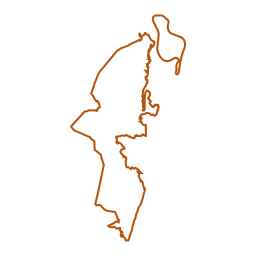 Central 1 Mahe, Seychelles
{"feature_id": "34574756B27990728867894", "entity_name": "Central 1 Mahe", "entity_type": "district", "adm_level": 2, "iso_a3": "SYC", "parent_name": "Seychelles", "parent_adm1": "", "projection": "equal_earth", "projection_center": [55.458, -4.627], "detail": "fine", "context": "isolated", "style": "outline", "palette": "amber", "viewbox_px": 256, "rotation_deg": 0, "n_neighbors": 0, "source": "geoboundaries", "source_scale": "gbopen_adm2", "svg_char_len": 5810}
<svg xmlns="http://www.w3.org/2000/svg" viewBox="0 0 256 256"><path d="M154.6,42.4L153.6,41.3L153.3,41.6L152.5,40.8L151.2,40.1L148.9,36.1L148.8,35.1L147.4,34.9L145.3,33.0L144.9,33.2L143.7,35.4L142.6,35.8L141.3,35.9L140.8,35.7L139.8,33.6L139.4,33.6L139.2,34.2L139.9,36.4L141.6,37.7L141.8,38.2L141.3,39.5L140.9,40.1L140.1,40.7L139.2,39.8L136.4,41.4L131.3,43.7L127.5,45.9L121.0,48.3L116.9,51.0L99.5,72.0L98.1,74.5L96.2,79.5L94.3,84.0L93.8,86.3L91.7,92.0L91.3,92.8L91.2,93.6L92.3,94.8L93.5,96.6L95.1,99.7L96.6,101.4L97.4,100.9L98.5,102.1L98.5,102.8L99.3,104.5L99.8,107.2L99.2,107.5L97.8,108.5L98.0,108.8L96.7,110.2L97.1,110.6L96.5,111.0L95.3,110.4L93.6,110.3L91.1,110.5L88.9,110.3L86.9,111.3L84.6,111.6L71.0,126.5L74.0,130.3L90.2,137.3L90.4,138.3L94.3,141.2L94.7,150.0L96.5,151.1L100.9,154.9L101.5,157.9L103.8,164.9L97.8,193.8L96.7,197.9L95.3,204.2L96.5,205.4L99.1,204.8L101.0,205.6L102.8,207.8L105.1,210.0L107.7,211.0L109.7,211.1L111.2,211.5L114.9,211.9L115.5,213.0L116.7,215.7L117.7,219.0L119.2,220.3L118.4,221.3L118.6,222.1L117.0,221.5L115.4,221.7L114.0,223.1L108.3,225.8L109.4,226.8L112.4,227.4L113.6,226.7L114.3,226.9L115.8,227.8L116.5,228.5L117.8,228.7L119.1,227.9L120.1,228.0L120.0,229.8L120.3,230.8L120.9,231.0L120.9,231.8L122.1,231.8L122.3,232.5L121.5,233.0L120.6,235.3L121.1,236.2L121.8,236.9L121.9,237.5L122.0,236.7L121.6,235.9L121.4,235.1L121.8,234.8L123.0,235.1L123.0,235.5L122.2,235.4L122.3,236.0L123.4,236.5L125.4,238.8L125.7,240.3L128.3,240.6L132.2,228.8L132.6,225.9L133.7,223.0L134.1,220.6L135.2,218.6L136.2,214.5L138.0,209.9L138.1,208.6L140.3,204.7L141.1,203.9L141.6,201.0L142.0,200.5L142.6,198.7L143.8,193.7L144.7,191.1L144.9,188.5L144.1,188.6L143.8,187.2L143.3,185.7L142.6,182.4L141.8,181.1L141.0,181.6L140.6,180.9L140.3,179.5L139.9,178.9L139.4,177.7L138.6,176.0L139.1,175.5L139.2,175.1L139.1,173.7L138.9,173.2L138.1,172.6L137.7,171.9L139.2,172.3L139.9,173.0L141.2,173.0L139.8,171.7L138.9,170.2L138.1,169.4L135.3,167.8L134.1,168.7L132.0,167.3L131.0,169.1L129.6,168.1L129.1,167.6L128.2,167.3L127.3,167.4L126.4,166.8L125.5,161.7L125.9,160.9L126.1,160.0L126.2,158.2L126.0,157.5L124.7,156.6L124.4,157.1L123.9,157.3L123.5,157.2L123.3,156.8L123.1,155.3L122.5,154.6L121.3,153.5L120.6,152.4L120.5,151.6L120.5,151.2L121.3,150.4L121.3,150.0L121.6,149.5L124.1,148.8L124.5,148.5L124.6,148.1L124.1,147.3L122.5,146.2L121.4,144.0L120.9,143.6L119.7,143.1L118.5,142.4L117.6,143.5L116.7,143.0L116.3,142.1L116.4,141.6L116.9,140.9L116.9,138.6L116.0,137.5L116.1,136.7L120.4,136.1L121.0,135.7L121.7,135.5L122.3,135.5L123.6,135.8L125.2,135.6L125.7,135.2L126.2,135.4L126.8,135.1L128.9,136.6L129.3,136.5L129.8,137.0L130.5,136.6L131.3,137.5L133.1,138.1L134.1,138.2L134.6,137.8L134.9,136.9L134.8,136.5L135.2,135.9L135.8,136.3L136.1,136.0L136.3,135.4L136.7,135.2L137.3,135.8L138.5,136.1L139.0,135.8L140.4,136.1L141.4,135.8L142.6,134.3L144.7,135.6L145.9,135.8L145.8,125.0L145.0,125.2L143.5,125.0L142.1,123.6L141.9,123.1L141.7,123.7L141.7,123.0L140.6,121.6L140.1,121.5L140.4,121.3L140.4,120.1L141.5,118.8L141.4,118.4L141.1,118.4L141.0,118.2L141.4,118.0L141.3,117.8L140.8,118.4L140.6,118.0L140.2,118.4L140.1,118.2L139.6,118.3L139.9,116.9L140.3,116.0L141.2,114.9L142.0,114.3L144.8,114.0L145.6,113.4L147.2,112.9L149.9,113.6L151.2,114.9L153.1,115.0L153.1,114.7L153.7,114.8L154.1,115.2L154.7,115.4L154.8,115.7L156.4,114.6L157.4,110.9L157.3,110.5L157.6,110.2L157.9,110.3L158.7,107.1L158.3,107.0L158.1,106.1L158.1,104.9L157.8,104.8L157.7,105.5L157.4,105.6L156.4,104.9L155.4,104.9L155.0,105.3L154.8,104.9L153.5,106.2L153.7,106.7L152.6,107.0L152.3,106.7L150.0,103.8L149.6,103.2L149.5,102.6L150.2,101.9L150.4,102.1L150.8,101.4L148.8,98.7L148.6,99.0L148.1,98.1L149.8,95.6L149.9,93.0L149.5,92.2L147.3,90.6L146.7,90.6L146.0,91.2L145.4,92.6L144.7,97.4L144.6,109.2L144.2,110.5L142.8,110.5L142.8,110.0L143.9,109.9L143.8,109.2L143.9,108.7L143.7,108.2L143.7,107.7L143.1,107.6L142.9,107.3L142.4,107.3L143.0,107.1L142.9,101.2L142.3,101.0L142.3,100.7L142.9,100.6L142.9,96.3L142.8,96.1L142.3,96.1L142.3,95.9L142.9,95.8L142.9,90.5L145.9,85.5L146.9,82.8L147.4,82.8L147.5,82.6L147.5,82.4L147.1,82.5L147.6,80.5L147.5,80.1L147.3,79.9L146.2,79.9L145.8,78.6L145.6,78.4L145.7,77.2L146.3,77.3L146.3,76.8L146.9,76.8L147.1,76.5L147.1,76.1L147.8,73.9L147.9,72.1L146.4,72.2L146.3,71.5L145.6,70.7L147.8,70.9L148.0,69.1L148.5,67.1L147.2,66.5L147.3,66.2L147.0,66.1L147.2,65.5L147.5,65.5L147.9,65.1L147.9,64.7L147.6,64.5L147.9,64.4L147.9,64.0L147.5,63.8L149.3,62.9L149.2,62.4L149.3,62.2L149.2,61.9L149.3,61.5L149.8,61.0L150.2,61.1L150.5,60.7L150.2,60.0L149.5,60.1L148.9,59.3L148.6,59.2L149.0,59.0L149.0,58.5L148.9,58.3L148.5,58.3L148.4,58.0L148.9,57.9L148.9,57.7L149.6,57.9L149.7,57.5L149.3,57.2L149.2,56.8L148.7,56.7L149.0,56.4L148.7,55.7L148.4,55.9L148.0,55.6L148.0,55.3L148.4,55.4L148.6,55.2L148.5,54.5L148.8,54.2L148.7,53.3L148.9,52.5L148.8,52.3L148.4,52.4L148.2,52.0L148.5,51.1L149.1,51.3L149.3,50.7L149.7,50.2L149.1,49.8L149.3,49.3L149.6,49.1L150.4,49.4L150.5,49.1L150.8,48.8L150.8,48.0L151.0,47.6L150.3,47.2L150.3,46.9L150.8,45.4L151.1,44.8L152.7,46.7L154.1,45.0L153.8,44.5L154.0,44.1L154.6,42.4ZM181.8,37.6L171.3,33.5L170.4,32.9L169.7,32.3L168.7,30.9L168.1,29.3L167.8,27.5L167.9,25.6L168.5,22.6L168.5,21.3L168.3,20.8L168.0,20.2L163.3,16.1L162.5,15.7L161.2,15.4L155.7,15.5L154.9,15.7L154.1,16.1L153.7,16.5L153.2,17.3L152.8,18.9L152.9,20.5L158.1,31.1L158.7,33.5L158.6,35.8L157.2,48.6L157.4,50.7L157.9,52.4L160.1,56.7L161.2,58.1L163.0,59.8L164.7,60.7L165.2,60.7L165.6,61.0L167.0,61.2L169.7,60.7L174.6,58.1L175.7,57.8L176.9,58.0L178.6,59.5L178.8,59.9L178.9,60.7L178.7,61.2L177.6,62.5L176.9,63.9L176.5,65.1L176.3,67.6L176.5,70.0L175.8,72.3L175.8,73.3L176.2,74.0L176.7,74.3L177.3,74.3L178.1,73.8L178.6,72.5L180.8,59.5L183.0,51.9L184.7,47.3L184.9,46.3L185.0,43.6L184.8,42.3L184.2,40.5L183.3,39.1L181.8,37.6Z" fill="none" stroke="#b45309" stroke-width="2"/></svg>